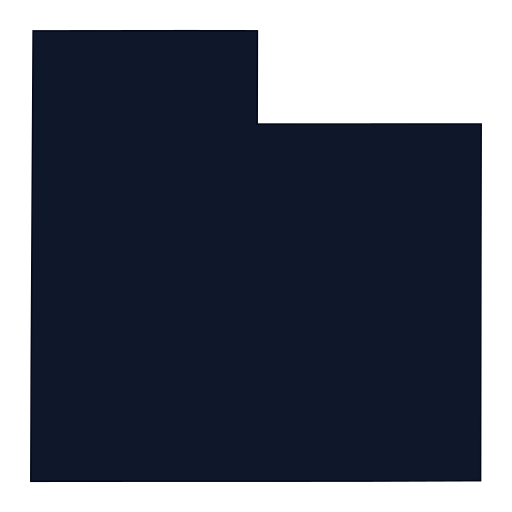 Rice, Minnesota, United States of America
{"feature_id": "52423323B99924975008254", "entity_name": "Rice", "entity_type": "district", "adm_level": 2, "iso_a3": "USA", "parent_name": "United States of America", "parent_adm1": "Minnesota", "projection": "albers", "projection_center": [-93.255, 44.37], "detail": "fine", "context": "isolated", "style": "filled", "palette": "ink", "viewbox_px": 512, "rotation_deg": 0, "n_neighbors": 0, "source": "geoboundaries", "source_scale": "gbopen_adm2", "svg_char_len": 294}
<svg xmlns="http://www.w3.org/2000/svg" viewBox="0 0 512 512"><path d="M476.2,480.7L480.6,480.7L480.9,254.8L481.2,124.0L257.2,124.1L257.4,30.8L187.0,30.7L33.1,30.9L31.2,368.9L30.8,481.3L141.0,481.2L252.6,481.2L368.1,481.1L476.2,480.7Z" fill="#0f172a" stroke="#020617" stroke-width="1.5"/></svg>